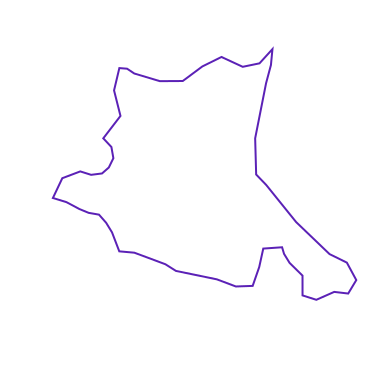 the border of Grad Sofiya, rotated 345°
{"feature_id": "BGR-2243", "entity_name": "Grad Sofiya", "entity_type": "Province", "adm_level": 1, "iso_a3": "BGR", "parent_name": "Bulgaria", "parent_adm1": "", "projection": "natural_earth1", "projection_center": [23.369, 42.657], "detail": "fine", "context": "isolated", "style": "outline", "palette": "violet", "viewbox_px": 384, "rotation_deg": 345, "n_neighbors": 0, "source": "natural_earth", "source_scale": "10m", "svg_char_len": 793}
<svg xmlns="http://www.w3.org/2000/svg" viewBox="0 0 384 384"><g transform="rotate(345 192 192)"><path d="M153.9,53.5L161.2,56.1L166.9,62.6L189.6,76.6L211.8,82.4L234.5,73.4L255.4,69.2L273.4,84.2L290.5,85.2L306.7,74.8L301.1,89.8L291.7,106.1L266.9,156.5L258.5,191.7L265.5,204.4L284.8,248.0L308.8,287.6L323.3,300.3L327.9,319.6L316.6,330.5L303.5,325.3L284.2,328.3L272.0,320.5L277.1,301.4L267.9,285.7L264.9,275.6L264.7,268.7L246.2,265.1L237.5,281.9L226.3,298.4L209.9,294.6L193.4,282.8L156.1,264.1L147.6,254.9L120.6,235.7L106.4,230.5L104.3,210.3L101.1,199.5L96.3,189.8L86.8,185.4L78.8,179.3L68.1,169.3L56.1,161.8L70.3,145.1L89.4,143.2L99.0,149.3L109.9,150.8L118.0,146.8L124.8,139.0L125.8,127.7L120.2,117.2L142.6,100.0L143.0,73.7L153.9,53.5Z" fill="none" stroke="#5b21b6" stroke-width="2"/></g></svg>